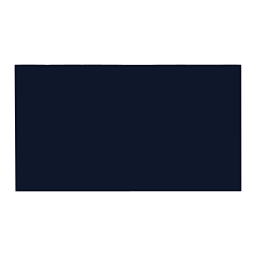 the district of Sedgwick, Colorado, United States of America
{"feature_id": "52423323B40311504690306", "entity_name": "Sedgwick", "entity_type": "district", "adm_level": 2, "iso_a3": "USA", "parent_name": "United States of America", "parent_adm1": "Colorado", "projection": "mercator", "projection_center": [-102.342, 40.876], "detail": "fine", "context": "isolated", "style": "filled", "palette": "ink", "viewbox_px": 256, "rotation_deg": 0, "n_neighbors": 0, "source": "geoboundaries", "source_scale": "gbopen_adm2", "svg_char_len": 410}
<svg xmlns="http://www.w3.org/2000/svg" viewBox="0 0 256 256"><path d="M240.6,190.5L240.5,65.5L233.4,65.4L213.1,65.5L188.3,65.5L181.5,65.4L180.4,65.4L173.1,65.5L159.6,65.5L158.0,65.5L150.8,65.6L150.4,65.6L123.6,65.6L117.8,65.5L84.3,65.4L83.8,65.5L77.3,65.4L51.5,65.5L48.1,65.6L44.5,65.6L44.4,65.5L43.3,65.5L27.5,65.4L15.4,65.5L16.2,190.6L240.6,190.5Z" fill="#0f172a" stroke="#020617" stroke-width="1.5"/></svg>